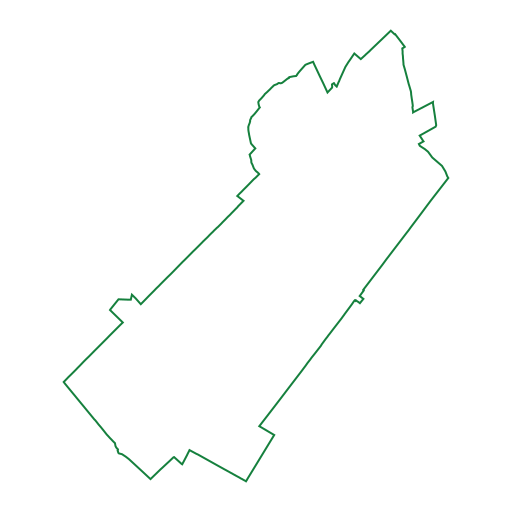 outline of Costesti, Buzau, Romania
{"feature_id": "2599482B55165348658592", "entity_name": "Costesti", "entity_type": "district", "adm_level": 2, "iso_a3": "ROU", "parent_name": "Romania", "parent_adm1": "Buzau", "projection": "orthographic", "projection_center": [26.756, 45.052], "detail": "fine", "context": "isolated", "style": "outline", "palette": "green", "viewbox_px": 512, "rotation_deg": 0, "n_neighbors": 0, "source": "geoboundaries", "source_scale": "gbopen_adm2", "svg_char_len": 5234}
<svg xmlns="http://www.w3.org/2000/svg" viewBox="0 0 512 512"><path d="M246.0,481.3L247.1,479.6L247.3,479.1L255.8,465.2L274.2,435.0L259.3,426.2L270.8,411.3L279.1,400.5L289.7,386.6L299.5,373.8L301.8,370.8L303.8,368.1L305.4,366.0L307.5,363.0L310.1,359.7L311.6,357.6L314.5,354.0L321.2,345.4L321.4,344.8L325.8,338.8L327.4,336.8L327.8,336.2L328.9,334.7L329.2,334.4L330.8,332.3L333.4,328.9L341.6,318.3L343.1,316.2L344.1,314.9L344.4,314.4L346.4,311.7L351.8,304.4L353.1,302.5L353.9,301.3L354.7,300.4L355.3,300.9L355.8,300.2L356.0,300.3L356.5,300.8L356.9,301.1L358.4,302.0L359.9,303.2L361.5,301.2L363.4,298.9L359.7,296.0L360.6,294.8L361.3,293.8L363.2,291.3L363.1,291.2L363.8,290.2L363.3,289.8L364.1,288.7L365.8,286.5L382.5,264.6L386.4,259.3L407.1,232.2L407.6,231.6L408.9,229.9L410.4,227.8L412.8,224.6L415.0,221.7L418.0,217.7L421.6,212.9L427.7,204.7L431.0,200.3L448.3,178.0L447.3,176.4L445.4,171.5L442.0,165.9L435.5,160.3L434.7,159.6L432.6,157.8L432.1,157.3L430.3,154.8L428.0,151.7L424.7,149.0L422.5,147.6L419.8,145.8L418.9,144.0L423.5,141.4L423.2,141.0L419.7,135.6L435.6,126.7L436.2,125.2L434.9,116.0L432.9,103.1L433.0,102.0L413.6,112.1L413.1,112.4L413.1,112.2L413.1,111.7L412.7,109.3L412.4,107.1L412.8,106.1L412.7,105.0L412.3,102.0L412.1,100.7L411.9,99.4L411.8,98.9L411.5,96.7L411.2,94.7L411.1,93.2L411.0,92.0L410.8,91.0L409.3,85.9L408.7,84.0L408.0,81.3L407.0,77.4L404.8,69.1L403.5,64.7L403.5,64.0L403.3,61.3L403.0,58.1L402.9,56.0L402.6,53.7L402.6,51.3L402.3,48.4L402.8,48.1L404.7,47.0L404.8,46.9L404.4,46.3L403.6,45.3L401.3,42.2L395.1,34.1L394.6,34.3L394.2,33.9L390.8,30.7L370.1,50.5L369.9,50.8L366.1,54.2L365.0,55.3L360.8,59.1L354.3,53.5L353.4,54.8L353.1,55.3L352.8,55.7L350.1,59.7L348.4,62.1L346.9,64.5L345.4,66.9L344.0,70.0L341.2,76.2L339.8,79.3L339.1,81.2L338.5,82.3L337.6,84.5L336.9,86.2L336.7,86.0L336.5,86.4L336.0,85.9L335.4,85.4L335.1,85.0L334.7,84.4L334.4,83.8L334.0,83.1L333.9,83.1L333.3,83.5L333.1,83.7L332.9,83.8L332.5,84.0L332.4,84.1L332.0,84.4L332.2,86.8L332.1,87.2L332.1,87.6L330.7,89.1L327.5,92.5L323.1,83.0L319.9,76.4L316.7,69.6L314.7,65.4L314.1,64.1L313.1,61.8L311.5,62.4L308.3,63.6L306.1,64.5L305.3,64.9L299.8,71.1L298.6,72.5L297.1,74.5L297.1,74.8L296.1,76.0L293.4,76.3L289.4,77.1L288.7,77.6L288.8,78.1L287.3,78.8L283.9,81.5L282.2,82.8L281.3,83.1L280.8,83.3L280.1,83.2L279.5,83.1L279.0,83.0L278.8,83.0L278.3,83.2L277.8,83.6L277.1,84.1L275.8,84.6L275.3,84.8L274.6,85.0L274.3,85.2L273.6,85.6L273.4,85.9L272.4,86.9L271.8,87.4L269.5,89.8L268.8,90.4L267.4,91.8L265.6,93.4L264.8,94.1L264.0,95.3L261.3,98.4L259.3,100.4L258.4,101.8L258.3,102.4L258.5,103.2L258.5,103.8L258.9,105.3L259.3,106.7L259.8,107.4L256.8,111.2L254.4,114.1L252.2,116.4L251.4,117.1L251.2,117.7L251.1,118.2L250.8,118.8L250.5,119.2L250.4,119.4L250.3,119.7L250.2,120.1L250.1,120.4L250.1,120.7L250.1,121.2L250.1,121.6L249.9,122.0L249.8,122.6L249.6,123.2L248.9,124.9L248.5,126.2L248.2,127.2L248.4,127.8L248.3,128.8L248.4,130.3L248.6,131.7L249.0,133.8L249.1,134.7L250.9,143.1L251.3,143.9L255.3,148.4L249.6,154.6L249.9,155.4L250.0,156.1L251.2,159.9L251.3,160.6L251.3,161.2L251.3,162.1L251.4,162.4L251.5,162.9L251.9,163.6L252.5,164.8L253.3,166.9L253.8,168.2L254.1,168.7L254.5,169.3L255.8,170.9L256.2,171.3L257.6,172.4L258.9,173.7L259.2,174.1L255.6,177.7L253.7,179.3L247.2,186.0L245.5,187.7L243.3,189.9L241.5,191.8L239.8,193.4L237.3,196.0L243.5,200.8L237.7,206.7L237.6,207.0L237.0,207.7L236.4,208.2L233.3,211.4L231.2,213.5L230.6,214.2L229.8,215.0L229.3,215.5L228.4,216.3L227.8,216.9L227.2,217.5L225.5,219.3L224.2,220.6L222.5,222.3L221.3,223.6L218.8,226.1L217.5,227.4L217.1,227.6L216.2,228.5L215.5,229.2L214.3,230.3L212.9,231.8L211.4,233.2L209.9,234.7L209.0,235.6L208.4,236.3L206.5,238.2L205.3,239.3L204.0,240.6L203.1,241.4L202.5,242.1L201.7,242.9L200.8,243.8L199.8,244.8L197.8,246.8L195.1,249.5L193.1,251.4L184.4,260.2L182.6,261.9L172.0,272.8L170.3,274.5L167.4,277.3L163.4,281.3L160.6,284.1L158.8,286.0L156.5,288.2L155.6,289.1L154.4,290.4L153.2,291.6L151.8,293.0L150.5,294.3L149.0,295.8L146.2,298.7L141.2,303.8L140.8,304.2L135.6,298.3L131.9,294.7L130.8,299.7L128.9,299.7L118.5,299.3L110.6,309.1L110.0,310.0L122.8,322.5L120.3,324.9L117.8,327.4L113.1,332.1L109.5,335.7L106.9,338.4L104.3,341.0L98.5,346.8L94.5,350.8L88.9,356.5L86.4,358.9L83.7,361.6L79.7,365.8L77.5,368.0L76.1,369.5L71.1,374.5L68.1,377.4L67.1,378.5L63.7,382.0L64.9,383.6L70.4,390.3L81.1,403.3L94.5,419.6L95.0,420.0L95.5,420.6L96.4,421.7L97.8,423.5L98.4,424.3L100.9,427.2L104.2,431.3L105.6,433.1L106.7,434.5L108.3,436.2L110.0,438.1L110.7,438.8L111.5,439.6L112.9,441.1L114.7,442.9L115.0,443.2L115.1,443.9L115.5,446.1L115.7,446.4L116.1,447.3L116.6,447.9L116.8,448.3L117.2,448.6L117.5,448.8L117.7,449.1L117.9,449.4L118.0,449.6L117.9,449.8L117.7,450.2L117.6,450.7L117.9,451.0L118.1,452.1L118.4,452.9L118.9,453.4L122.0,454.2L125.8,456.7L128.9,459.1L136.8,466.4L141.8,471.0L150.5,479.1L160.5,469.4L162.4,467.7L167.1,463.3L169.4,461.2L172.1,458.6L173.5,457.3L174.1,457.1L181.7,464.0L182.2,464.3L183.8,461.3L187.0,455.2L187.8,453.5L188.9,451.4L189.5,450.1L196.5,453.9L197.7,454.4L217.0,465.2L223.5,468.8L223.8,469.0L225.7,470.0L236.3,475.9L239.3,477.5L240.6,478.3L241.1,478.6L242.0,479.0L243.5,479.9L243.7,480.0L244.1,480.2L244.6,480.5L245.3,480.8L246.0,481.3Z" fill="none" stroke="#15803d" stroke-width="2"/></svg>